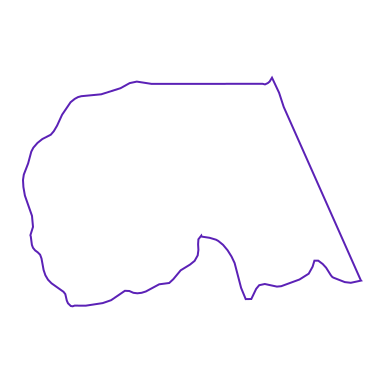 the border of Debub
{"feature_id": "ERI-1564", "entity_name": "Debub", "entity_type": "Region", "adm_level": 1, "iso_a3": "ERI", "parent_name": "Eritrea", "parent_adm1": "", "projection": "equal_earth", "projection_center": [38.829, 14.796], "detail": "fine", "context": "isolated", "style": "outline", "palette": "violet", "viewbox_px": 384, "rotation_deg": 0, "n_neighbors": 0, "source": "natural_earth", "source_scale": "10m", "svg_char_len": 1297}
<svg xmlns="http://www.w3.org/2000/svg" viewBox="0 0 384 384"><path d="M72.7,306.3L70.8,306.0L68.0,303.3L66.8,300.6L65.3,294.1L63.5,291.8L51.5,283.3L48.0,279.7L45.4,275.3L43.6,270.0L41.5,258.5L40.1,254.7L37.7,252.3L35.1,250.4L33.0,247.8L31.9,244.9L30.8,236.6L30.4,235.2L33.0,226.9L32.0,215.9L24.9,195.6L23.4,187.0L23.0,180.0L23.8,174.6L28.1,163.5L31.3,151.6L33.4,147.6L37.5,142.9L42.4,139.0L50.8,134.7L53.8,131.2L57.1,125.6L62.1,114.7L70.6,102.2L74.7,98.9L78.0,97.1L81.3,96.2L101.2,94.3L120.5,88.2L129.7,83.1L136.8,81.6L151.7,83.9L262.6,83.8L265.0,84.4L267.8,83.1L269.6,81.6L272.0,77.7L279.1,92.8L283.7,106.9L348.5,252.6L360.9,280.5L361.0,280.6L350.8,282.8L344.8,282.1L333.3,277.6L332.0,276.7L330.7,275.0L326.1,267.7L322.7,264.0L318.3,260.7L314.4,260.7L312.6,266.7L308.7,273.7L299.5,279.5L281.2,286.2L276.9,286.6L264.8,284.0L259.2,285.2L256.2,288.8L251.3,299.0L245.7,299.1L241.1,287.9L234.6,263.0L231.5,256.5L227.6,250.3L223.1,244.9L218.2,240.9L216.0,239.7L209.6,237.8L201.6,236.6L201.3,235.6L198.4,239.3L198.1,244.3L198.4,249.9L197.7,255.4L194.6,260.9L190.0,264.6L180.7,270.3L173.3,279.2L169.2,283.0L159.2,284.3L145.8,291.5L141.6,292.8L137.4,293.3L133.4,292.8L129.3,291.0L124.9,290.8L111.1,300.2L102.7,303.1L85.6,305.7L74.6,305.6L72.7,306.3Z" fill="none" stroke="#5b21b6" stroke-width="2"/></svg>